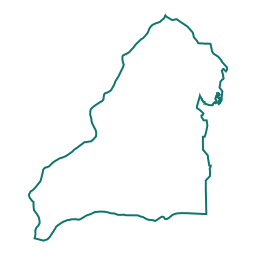 outline of Al-Haffa, Lattakia, Syria
{"feature_id": "27442178B95231031847739", "entity_name": "Al-Haffa", "entity_type": "district", "adm_level": 2, "iso_a3": "SYR", "parent_name": "Syria", "parent_adm1": "Lattakia", "projection": "equal_earth", "projection_center": [36.135, 35.638], "detail": "fine", "context": "isolated", "style": "outline", "palette": "teal", "viewbox_px": 256, "rotation_deg": 0, "n_neighbors": 0, "source": "geoboundaries", "source_scale": "gbopen_adm2", "svg_char_len": 4312}
<svg xmlns="http://www.w3.org/2000/svg" viewBox="0 0 256 256"><path d="M210.5,43.8L208.3,43.7L207.4,43.6L207.1,43.5L206.7,43.6L205.9,43.8L204.5,43.6L198.2,43.2L197.0,40.9L193.8,37.2L193.8,36.8L192.8,32.6L188.1,27.2L187.7,26.7L187.2,26.4L184.9,24.8L180.2,21.7L176.6,19.2L173.1,19.9L172.1,20.0L166.3,16.6L165.8,16.0L165.4,15.4L164.9,16.3L164.0,18.3L161.8,20.1L160.0,21.9L158.0,22.6L157.7,22.7L155.6,23.4L152.5,24.9L152.4,24.9L150.4,27.0L149.1,29.1L148.5,30.9L147.8,32.7L146.3,34.5L145.1,36.0L143.1,38.1L142.5,38.5L141.3,39.1L139.1,41.2L137.3,42.9L135.9,44.3L134.3,46.4L133.4,47.6L130.5,50.7L129.1,52.3L126.9,53.6L124.7,54.6L122.9,55.6L122.7,56.1L122.4,56.9L122.4,59.5L123.0,62.3L123.1,62.9L123.8,64.7L123.3,66.0L122.7,67.8L121.3,70.6L121.0,71.2L119.9,73.5L119.4,74.6L118.2,76.9L116.2,80.0L115.4,81.3L115.0,82.4L114.1,84.9L112.4,87.8L111.4,89.6L111.3,89.8L110.3,90.9L107.6,92.4L105.0,93.3L104.9,93.4L104.3,94.1L103.8,96.1L103.8,96.4L103.7,96.8L103.5,99.3L102.2,101.1L100.5,101.9L99.7,102.3L98.8,103.0L96.3,104.6L94.6,105.8L93.0,107.0L92.5,107.5L92.3,107.7L90.8,109.3L90.3,111.4L90.2,114.5L90.8,116.9L91.4,119.2L91.6,121.5L92.3,123.6L93.9,126.8L95.6,129.9L96.3,133.0L96.0,136.4L93.5,139.2L91.2,141.3L89.5,141.5L86.8,142.0L84.3,142.3L80.6,145.1L77.0,147.8L75.8,148.6L74.3,149.6L72.0,151.9L68.3,154.5L66.1,156.0L63.1,157.3L59.7,158.3L56.7,160.1L54.5,161.4L52.7,162.7L50.7,164.7L49.2,166.3L46.8,167.3L45.3,167.5L44.0,168.6L43.3,169.6L42.7,172.5L41.4,177.9L40.4,181.3L38.1,184.1L35.1,187.8L32.6,190.3L30.6,191.4L30.2,192.4L29.6,193.4L28.9,194.7L29.6,197.6L32.1,200.9L32.7,201.3L33.5,201.9L33.5,204.5L33.7,207.9L34.1,210.3L37.0,214.2L38.7,217.1L39.6,221.0L39.5,223.6L38.0,226.0L36.3,227.8L35.3,230.4L35.5,234.2L34.6,238.3L43.5,240.6L47.5,239.3L49.9,236.8L51.1,234.9L53.6,231.1L55.1,228.7L56.4,226.4L58.4,224.9L63.1,221.8L67.8,220.0L69.3,220.0L70.5,219.5L72.2,219.3L75.5,219.2L79.0,219.7L80.9,218.9L84.2,216.9L86.7,215.4L90.6,214.1L95.0,212.0L98.0,211.8L100.2,211.6L102.7,211.6L105.4,211.9L108.0,212.4L110.5,213.2L114.4,213.5L115.9,214.1L117.3,214.6L118.6,214.9L122.1,214.8L124.4,214.7L125.2,215.2L131.8,215.3L137.4,215.3L138.4,215.6L141.1,216.7L142.8,216.9L146.0,218.8L148.9,219.9L150.6,219.9L152.6,220.2L155.2,221.0L158.2,219.1L160.4,217.5L162.3,216.6L163.8,217.1L165.1,219.0L166.8,219.0L168.5,218.2L170.3,216.7L171.4,215.8L172.3,215.1L174.3,214.1L177.2,213.4L181.6,213.1L187.5,213.2L193.6,213.5L206.3,214.1L206.3,211.6L206.2,209.2L206.1,203.0L206.0,198.1L206.0,196.6L205.9,195.1L205.9,192.1L205.8,190.4L205.8,180.5L209.9,176.2L210.1,171.8L209.7,168.6L210.4,167.3L210.7,165.7L210.0,165.7L209.3,165.6L208.0,158.0L207.8,155.4L203.0,149.7L202.9,142.1L202.9,136.8L204.6,136.8L205.7,133.7L207.4,125.7L206.8,121.4L206.7,120.4L203.7,120.3L203.3,120.0L203.2,119.9L203.2,119.7L202.7,118.7L201.6,117.3L201.5,115.4L202.4,115.1L203.2,114.5L203.4,113.4L200.0,110.2L199.7,109.9L198.5,109.1L198.4,109.0L197.5,108.4L196.9,108.0L196.9,106.7L199.8,96.3L199.9,95.9L200.0,96.2L202.0,99.1L201.7,99.8L201.8,99.9L202.1,100.1L202.3,100.3L202.4,100.5L202.6,100.6L202.7,100.9L203.3,101.8L203.7,101.9L203.8,101.8L204.0,102.0L204.5,102.0L204.7,102.3L204.8,102.5L204.7,102.7L204.7,103.2L204.8,103.5L204.7,103.7L204.9,103.7L206.5,104.2L208.7,104.9L209.0,105.0L209.7,105.2L210.5,105.2L212.6,105.2L213.2,103.5L214.6,102.3L214.8,102.7L215.1,102.8L215.2,103.2L215.6,103.3L216.0,103.0L216.4,101.3L216.4,101.2L216.2,100.1L215.4,99.2L215.3,98.7L215.7,97.4L215.9,97.1L216.0,96.9L216.3,96.0L216.3,95.8L216.7,95.7L216.8,95.9L217.0,97.2L217.5,97.2L218.0,97.1L217.8,96.7L217.0,94.1L217.1,93.1L218.4,92.9L219.8,94.7L219.1,95.2L218.7,94.8L217.9,94.9L217.8,95.4L218.3,96.3L218.5,97.2L218.7,97.3L218.8,98.0L218.7,98.3L219.6,98.5L220.2,97.9L220.3,97.8L220.6,98.0L220.7,98.9L220.3,99.0L220.4,99.5L220.6,100.1L220.2,100.1L220.1,99.9L219.9,99.8L219.8,99.6L219.6,99.7L219.4,100.4L218.7,100.9L218.6,101.7L218.5,102.4L218.1,103.1L218.7,104.1L220.0,103.1L221.7,100.0L221.6,97.8L222.4,91.3L221.0,89.5L219.5,87.6L220.0,85.0L220.5,81.5L221.3,80.7L221.7,80.2L222.1,79.6L222.4,79.6L223.3,79.1L223.6,78.2L223.1,76.6L223.2,75.4L222.9,74.8L222.9,74.2L221.8,70.9L222.7,69.6L223.0,69.1L223.5,68.9L225.9,71.4L227.1,69.3L226.9,67.3L226.3,66.7L225.7,66.0L221.6,61.4L221.6,60.5L219.8,58.6L218.4,56.8L213.4,53.6L212.1,51.4L210.5,43.8Z" fill="none" stroke="#0f766e" stroke-width="2"/></svg>